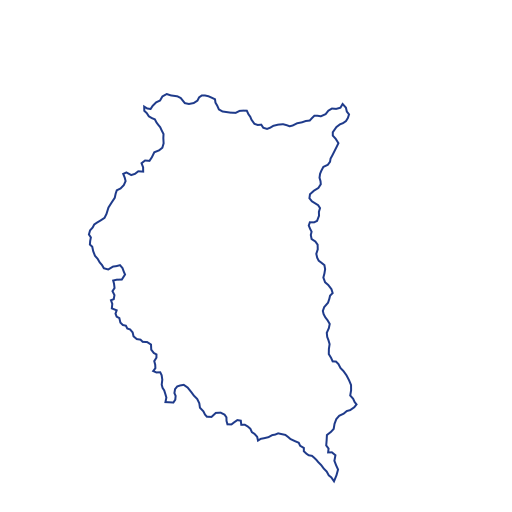 Córrego Danta, Minas Gerais, Brazil (Robinson projection), rotated 24°
{"feature_id": "56859067B84348488266882", "entity_name": "Córrego Danta", "entity_type": "district", "adm_level": 2, "iso_a3": "BRA", "parent_name": "Brazil", "parent_adm1": "Minas Gerais", "projection": "robinson", "projection_center": [-45.977, -19.762], "detail": "fine", "context": "isolated", "style": "outline", "palette": "blue", "viewbox_px": 512, "rotation_deg": 24, "n_neighbors": 0, "source": "geoboundaries", "source_scale": "gbopen_adm2", "svg_char_len": 4207}
<svg xmlns="http://www.w3.org/2000/svg" viewBox="0 0 512 512"><g transform="rotate(24 256 256)"><path d="M418.9,430.1L418.7,423.6L417.8,417.7L414.3,414.6L410.9,411.2L409.6,405.7L405.2,404.5L401.8,406.1L400.6,402.4L397.2,400.5L395.4,395.4L393.6,390.7L396.0,386.2L397.3,382.4L396.0,377.4L395.7,372.3L397.0,368.1L400.2,364.4L402.0,360.7L404.7,358.5L407.3,354.2L408.2,350.7L405.5,349.3L402.8,346.9L398.8,345.1L397.5,340.0L395.3,335.2L391.6,331.7L387.2,328.2L382.8,325.6L378.8,324.0L375.3,321.2L372.0,319.9L368.9,321.1L366.0,318.5L362.4,316.0L360.4,311.3L359.1,306.6L356.4,303.4L354.0,301.0L351.9,297.4L351.9,292.3L351.0,288.1L347.5,285.6L344.2,283.8L341.4,281.6L339.4,279.0L339.1,274.9L340.8,269.4L340.4,265.3L339.8,262.1L341.1,258.7L338.4,255.6L333.8,253.1L329.8,251.9L326.3,248.3L325.6,244.1L324.5,239.9L322.2,236.5L318.3,235.5L315.2,234.8L312.6,232.7L310.2,229.5L309.7,224.8L307.7,220.6L304.3,218.6L299.9,217.9L297.5,214.5L296.9,211.2L294.3,209.1L291.8,206.7L291.5,203.3L295.4,201.6L297.5,199.1L297.2,193.6L295.5,190.1L295.0,186.2L292.1,184.3L288.5,183.8L284.8,183.3L281.3,181.5L280.2,177.6L282.4,172.7L285.3,168.5L286.0,164.1L284.5,161.4L282.2,158.7L281.1,154.9L281.0,151.6L281.3,147.2L284.5,143.5L285.3,139.8L284.5,136.7L284.8,133.3L285.0,129.1L285.3,122.9L285.4,119.4L281.1,116.5L277.2,114.8L275.8,111.7L277.0,105.5L279.2,101.5L281.4,99.3L283.3,96.2L283.8,92.6L283.4,88.8L280.2,87.1L277.8,83.9L273.3,81.9L272.8,86.2L269.4,89.0L265.4,90.4L263.0,93.8L261.9,98.1L258.4,102.0L255.0,102.9L252.3,104.1L251.1,107.1L250.0,110.4L246.6,112.4L243.6,115.2L239.6,118.0L236.4,121.9L234.0,123.8L230.9,124.0L227.1,124.6L222.8,127.0L218.9,130.0L216.8,133.0L214.4,135.4L210.5,135.9L207.4,133.9L204.3,135.6L200.8,135.9L196.4,133.3L194.1,131.1L191.5,129.6L188.5,127.0L185.4,128.3L182.0,130.1L179.2,133.5L174.4,135.4L169.8,136.7L166.6,137.6L162.5,137.2L159.4,134.4L156.6,132.4L154.8,129.5L151.4,129.4L147.6,129.4L144.1,130.1L141.2,131.4L139.5,134.2L139.3,137.9L136.9,141.6L132.9,144.4L128.8,145.3L125.7,143.7L123.0,142.3L119.3,142.1L116.4,142.9L113.0,143.9L108.5,144.4L105.6,148.3L105.1,153.0L102.3,156.2L100.5,160.9L99.9,164.6L96.5,165.5L93.1,165.0L94.9,168.8L98.1,169.9L101.3,172.0L104.9,172.4L108.0,172.3L110.8,174.5L113.3,175.9L116.1,177.3L118.7,179.6L121.9,182.2L123.4,186.0L125.8,190.7L126.4,195.2L124.5,198.9L120.9,202.6L120.7,208.2L120.0,212.4L115.8,213.9L113.7,217.8L116.8,220.9L118.6,224.8L114.0,226.5L112.0,230.2L109.1,232.8L103.6,232.4L101.3,235.0L104.2,237.8L106.4,240.6L106.4,245.0L104.8,249.4L102.1,252.6L102.4,255.9L103.3,260.3L102.4,265.6L101.5,271.7L102.3,278.4L102.1,282.8L99.6,286.7L97.2,290.1L95.4,293.0L95.2,296.4L94.0,300.1L94.6,304.3L97.6,306.2L98.4,309.7L99.6,313.1L102.6,314.1L105.3,317.8L108.8,321.3L112.5,323.0L115.8,325.4L119.0,326.9L122.0,329.1L126.5,328.4L129.7,323.8L132.5,322.1L135.5,319.7L138.9,321.3L141.6,324.1L143.9,326.2L143.0,332.1L138.4,334.3L135.5,336.5L137.6,339.1L139.8,342.8L139.2,346.5L142.6,349.3L143.6,353.3L141.5,355.4L144.2,358.2L145.6,362.5L150.8,362.3L151.1,365.8L153.4,368.1L156.4,368.3L159.2,372.0L162.4,373.2L165.5,372.6L167.9,374.6L170.9,374.3L174.4,376.0L176.8,379.2L180.9,380.4L184.5,379.4L187.4,380.5L191.6,378.9L196.1,379.6L198.4,384.2L202.1,386.2L205.1,386.4L206.4,389.4L205.8,393.4L208.2,396.4L209.7,399.4L208.9,402.9L212.4,402.9L215.8,401.2L218.3,403.3L220.7,407.1L222.2,411.9L224.3,414.5L226.8,416.1L229.7,419.4L231.7,421.8L232.7,426.3L236.3,424.9L240.1,423.5L240.7,420.1L239.5,416.5L237.2,414.4L236.2,410.5L237.1,407.2L239.4,405.1L242.4,403.1L247.1,404.0L252.5,406.8L256.0,408.8L260.4,410.5L264.1,413.6L266.5,417.4L271.1,419.3L273.9,421.6L276.5,422.8L280.8,421.1L283.1,415.7L287.4,413.5L291.8,413.7L294.6,415.4L296.1,418.6L298.4,421.4L302.1,419.8L303.7,416.8L305.7,413.5L309.1,412.6L311.2,416.2L314.4,414.7L317.8,415.1L321.1,416.1L323.9,418.6L327.0,419.1L330.6,420.7L332.9,423.8L334.7,421.1L337.6,419.1L341.1,416.4L343.7,413.0L346.1,411.4L348.4,409.0L351.8,408.3L355.6,407.5L359.0,408.3L361.9,409.2L367.1,409.3L371.0,409.2L373.5,411.4L377.8,411.9L379.1,414.9L382.5,416.1L385.2,416.6L388.4,415.8L391.1,416.6L394.1,417.7L396.7,419.0L400.6,420.5L404.3,422.6L408.3,424.2L411.7,426.8L414.8,427.6L418.9,430.1Z" fill="none" stroke="#1e3a8a" stroke-width="2"/></g></svg>